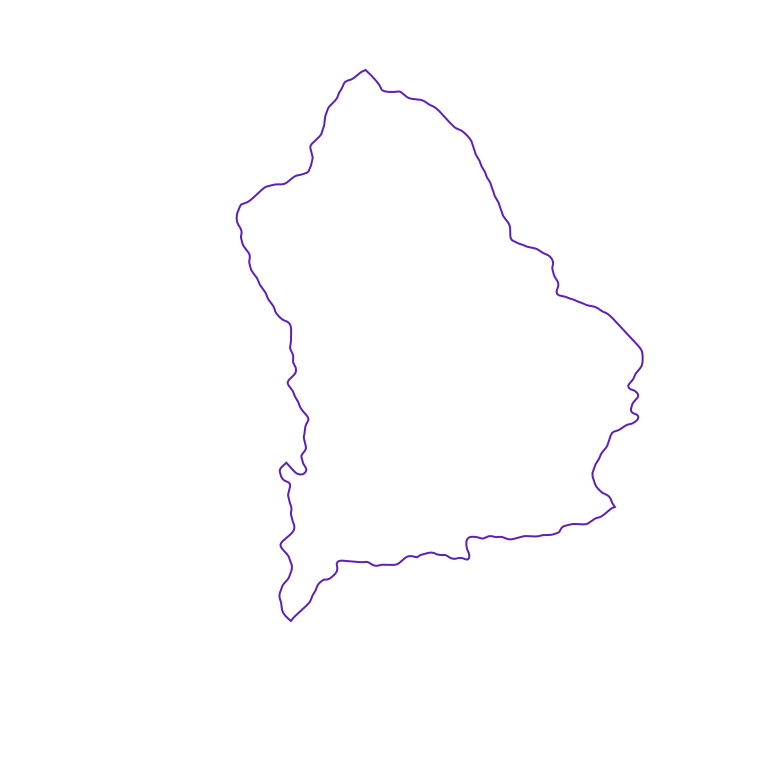 Bayaguana, Monte Plata, Dominican Republic (Robinson projection), rotated 137°
{"feature_id": "3306468B72895662483472", "entity_name": "Bayaguana", "entity_type": "district", "adm_level": 2, "iso_a3": "DOM", "parent_name": "Dominican Republic", "parent_adm1": "Monte Plata", "projection": "robinson", "projection_center": [-69.577, 18.816], "detail": "fine", "context": "isolated", "style": "outline", "palette": "violet", "viewbox_px": 768, "rotation_deg": 137, "n_neighbors": 0, "source": "geoboundaries", "source_scale": "gbopen_adm2", "svg_char_len": 6166}
<svg xmlns="http://www.w3.org/2000/svg" viewBox="0 0 768 768"><g transform="rotate(137 384 384)"><path d="M478.1,234.8L474.8,234.2L473.2,233.7L466.7,230.2L464.7,228.8L463.0,226.8L461.2,223.0L460.3,221.6L458.7,219.8L456.0,217.3L455.3,216.0L454.2,211.9L453.1,209.7L451.4,207.8L447.9,205.7L446.7,204.6L445.2,202.8L443.6,199.6L442.6,198.7L441.9,198.5L440.5,198.8L438.9,200.1L437.9,201.4L437.2,202.8L436.0,206.2L435.1,207.8L433.5,210.2L431.6,212.2L430.1,213.3L428.4,213.8L426.7,213.8L425.9,213.6L424.3,212.7L422.3,210.8L420.0,207.9L418.3,205.0L417.4,203.8L416.1,203.0L411.7,201.5L410.4,200.6L409.2,199.5L406.6,195.7L403.6,193.3L402.0,191.5L401.2,190.1L399.3,186.2L397.7,184.3L395.7,182.8L385.5,177.3L383.4,175.5L378.2,170.2L376.2,168.3L374.7,167.3L371.0,165.2L366.1,160.9L363.9,159.2L358.9,156.8L357.6,156.4L356.2,156.4L353.0,157.5L351.5,157.7L349.9,157.5L348.5,156.9L342.0,153.3L339.9,151.5L334.1,145.5L332.0,143.8L330.4,143.1L328.7,142.7L321.9,141.7L320.3,141.2L316.7,139.3L315.1,138.9L312.5,138.5L303.6,138.0L301.8,137.7L299.0,136.6L298.3,141.0L296.5,145.7L296.1,148.2L296.6,150.7L298.1,154.5L298.6,156.3L298.9,160.1L298.7,163.9L298.0,166.6L294.8,173.6L293.8,175.0L292.1,176.8L290.6,177.6L284.1,181.0L277.6,182.7L273.2,184.7L270.7,185.3L265.5,185.9L263.0,186.5L253.1,191.8L250.8,192.6L248.4,192.4L244.2,190.4L242.6,189.9L236.6,189.0L234.9,188.6L233.3,188.0L229.8,186.0L228.1,185.5L224.8,185.0L223.2,185.1L221.7,185.5L220.5,186.5L220.1,187.2L220.0,188.0L220.1,189.4L221.6,192.5L221.9,193.9L221.8,195.4L221.1,196.7L220.0,197.6L216.0,200.0L213.6,200.6L207.9,201.1L206.5,201.7L205.9,202.2L205.5,202.9L205.0,204.5L205.1,207.0L205.5,208.7L207.2,211.9L207.5,213.4L207.3,214.9L206.9,215.6L206.4,216.2L205.8,216.6L204.4,216.9L200.4,217.3L197.9,217.8L194.3,219.4L192.6,220.0L186.1,220.8L183.3,221.5L180.9,223.0L178.7,224.9L175.4,228.5L173.7,230.9L172.8,232.7L172.2,235.7L172.0,238.9L172.0,276.3L172.2,279.5L172.6,282.6L173.1,284.3L174.8,288.2L176.0,293.6L177.0,296.2L177.9,297.8L181.3,302.4L182.2,304.0L183.6,307.4L185.9,311.9L187.6,316.1L189.8,319.8L191.8,324.0L195.4,329.2L195.9,330.6L195.9,331.4L195.8,332.1L195.1,333.5L194.0,334.5L190.0,336.6L188.8,337.7L187.8,339.0L187.1,340.5L186.0,346.1L185.1,348.4L182.7,352.8L181.9,354.0L181.3,354.5L178.3,356.7L176.8,358.6L176.2,360.2L176.0,361.1L175.8,363.0L175.9,364.9L176.3,366.7L178.3,371.3L179.6,376.7L180.2,378.5L181.5,380.9L185.4,386.3L186.2,388.0L187.3,390.5L189.7,394.9L192.1,401.1L192.3,402.6L191.8,404.3L190.9,405.8L185.9,411.5L184.7,413.1L183.8,414.8L183.1,417.6L182.6,423.2L182.1,426.0L180.0,430.6L178.7,433.9L176.5,438.5L175.1,444.8L174.6,446.5L172.7,450.3L171.4,453.6L169.2,458.2L168.7,460.0L167.9,464.5L167.3,466.2L165.6,470.1L164.3,476.4L162.0,481.9L160.4,489.1L154.6,501.6L154.0,504.4L153.8,507.3L153.8,511.1L154.2,515.0L155.0,517.6L156.7,521.4L157.2,523.3L157.4,525.3L157.6,530.3L157.5,545.6L157.9,550.6L158.6,553.2L160.2,557.1L161.7,563.4L162.4,565.1L163.4,566.8L169.2,573.6L170.8,576.1L171.6,578.8L172.4,585.0L172.8,586.6L173.2,587.3L174.3,588.4L177.7,590.9L181.2,594.3L183.6,597.2L184.8,599.6L184.9,601.2L183.5,605.7L183.0,610.6L182.9,619.0L183.4,626.3L186.8,627.4L188.6,627.8L196.2,628.3L198.9,628.7L200.7,629.2L204.1,630.9L206.5,631.4L208.1,631.2L213.1,629.0L218.0,627.7L222.3,625.6L224.0,625.0L226.7,624.6L234.3,624.3L237.0,623.7L244.3,619.9L246.4,618.2L251.3,614.0L259.3,609.6L261.1,609.2L262.9,609.0L272.2,608.9L273.9,608.7L275.5,608.1L276.2,607.7L277.1,606.5L281.3,598.9L282.3,597.7L288.2,593.7L293.2,591.4L294.6,591.0L296.0,591.0L297.3,591.5L302.3,593.9L305.7,596.0L307.3,596.6L310.1,597.1L317.6,597.6L320.3,598.3L322.6,599.8L326.7,603.5L328.2,604.6L334.7,608.2L336.3,608.9L338.1,609.2L340.8,609.4L353.0,609.4L357.6,609.7L360.3,610.3L366.0,612.7L368.3,612.1L374.8,609.0L376.3,608.0L379.0,605.4L380.1,603.9L381.1,602.2L382.0,599.6L382.7,596.1L383.6,593.6L385.0,591.7L388.0,589.4L389.0,588.2L392.1,582.5L392.8,579.7L393.5,572.6L393.7,571.6L394.4,569.9L395.9,568.0L398.8,565.7L399.8,564.6L402.2,560.4L403.3,558.1L403.9,555.1L404.7,547.9L407.1,541.2L408.3,532.1L408.8,530.3L410.4,526.4L410.9,524.5L411.6,518.3L411.9,516.3L412.5,514.5L414.2,510.7L414.6,508.7L414.8,505.6L414.5,501.4L414.0,499.5L412.4,495.8L412.0,494.1L412.0,492.3L412.5,490.5L414.1,488.0L417.4,484.3L423.1,478.6L427.1,475.3L428.2,474.3L428.9,472.9L430.1,468.9L430.7,467.4L432.1,465.5L435.3,462.4L436.0,461.0L437.4,456.2L438.8,454.2L440.7,452.7L442.5,452.2L444.3,452.0L449.7,451.9L451.4,451.7L452.9,451.1L453.6,450.6L454.1,449.9L454.4,449.1L454.8,447.3L455.3,442.5L455.7,440.5L457.6,435.8L459.0,429.5L460.9,424.7L461.4,422.9L461.8,419.9L462.1,413.0L462.5,411.3L463.3,409.8L464.5,408.9L468.1,407.7L470.4,406.6L476.0,402.0L478.6,400.1L479.6,398.9L483.9,391.4L484.9,390.2L485.6,389.8L487.1,389.2L492.1,388.4L493.6,387.6L494.5,386.4L497.1,381.4L497.6,379.8L498.2,376.5L498.7,375.0L499.8,373.8L501.3,373.2L502.9,373.0L504.5,373.3L505.3,373.6L507.2,375.2L508.6,377.4L509.1,379.4L509.3,382.4L509.1,393.0L513.6,393.1L516.1,393.0L517.7,392.7L519.1,391.9L519.7,391.3L520.5,390.0L522.3,386.5L522.9,384.0L522.7,381.4L521.0,377.3L520.9,375.7L521.4,374.3L522.4,373.2L529.2,368.8L530.3,367.7L533.5,362.0L535.7,357.3L537.2,355.4L540.1,353.0L541.1,351.9L544.2,346.2L545.9,342.2L547.4,340.2L549.4,338.7L552.0,338.0L555.8,337.8L565.1,338.2L567.5,337.9L569.0,337.3L570.1,336.0L570.7,334.3L570.9,332.5L571.0,325.5L571.5,322.6L574.9,314.6L576.4,312.6L578.3,311.0L585.5,307.3L588.0,306.7L594.1,306.2L596.5,305.4L603.0,302.0L604.9,300.4L606.4,298.4L608.3,294.4L612.1,289.1L613.4,286.6L613.9,284.7L614.2,281.9L614.1,278.0L613.7,274.2L610.4,274.7L607.4,274.9L592.3,274.8L587.4,275.2L585.5,275.7L580.4,278.1L574.7,279.7L570.4,281.9L568.7,282.3L567.1,282.5L564.5,282.5L562.1,282.1L560.8,281.5L558.8,279.7L556.8,278.8L553.4,278.4L549.0,278.5L546.5,279.1L545.1,279.9L543.4,281.5L541.5,284.5L540.9,284.9L539.6,285.5L538.1,285.4L536.6,284.6L535.2,283.5L523.9,271.0L521.2,268.3L518.6,266.3L517.6,265.2L516.9,263.8L515.5,259.0L514.7,257.6L513.6,256.3L512.4,255.3L509.5,253.7L508.1,252.6L500.1,244.9L497.9,243.5L496.2,242.9L493.6,242.6L487.5,242.4L485.8,242.2L484.1,241.6L482.7,240.7L481.5,239.6L480.4,238.2L478.1,234.8Z" fill="none" stroke="#5b21b6" stroke-width="2"/></g></svg>